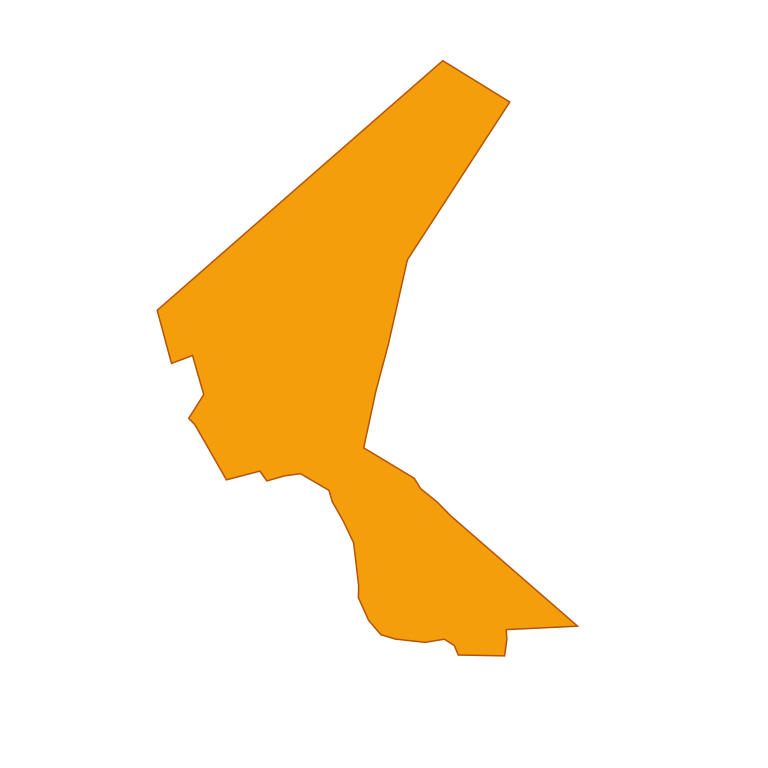 outline of Messias Targino, Rio Grande do Norte, Brazil, rotated 74°
{"feature_id": "56859067B56904102074746", "entity_name": "Messias Targino", "entity_type": "district", "adm_level": 2, "iso_a3": "BRA", "parent_name": "Brazil", "parent_adm1": "Rio Grande do Norte", "projection": "albers", "projection_center": [-37.447, -6.084], "detail": "fine", "context": "isolated", "style": "filled", "palette": "amber", "viewbox_px": 768, "rotation_deg": 74, "n_neighbors": 0, "source": "geoboundaries", "source_scale": "gbopen_adm2", "svg_char_len": 673}
<svg xmlns="http://www.w3.org/2000/svg" viewBox="0 0 768 768"><g transform="rotate(74 384 384)"><path d="M670.1,264.7L529.3,356.1L512.5,365.2L494.5,377.7L483.0,380.9L439.8,421.1L388.5,393.7L347.3,369.0L304.7,345.7L271.1,327.3L147.6,185.4L89.4,238.4L153.8,375.7L250.6,581.7L305.6,582.6L303.8,560.2L344.5,560.2L363.2,581.2L370.8,577.1L388.7,572.6L432.7,561.9L433.5,527.4L444.9,523.3L444.9,504.8L447.2,489.0L471.1,466.2L482.6,466.2L505.6,460.7L528.4,457.0L570.5,463.9L582.4,467.5L607.0,463.9L624.1,456.1L632.4,443.3L643.7,415.6L645.9,396.4L654.7,388.5L665.0,387.3L678.6,343.0L662.9,336.1L653.8,334.3L670.1,264.7Z" fill="#f59e0b" stroke="#b45309" stroke-width="1.5"/></g></svg>